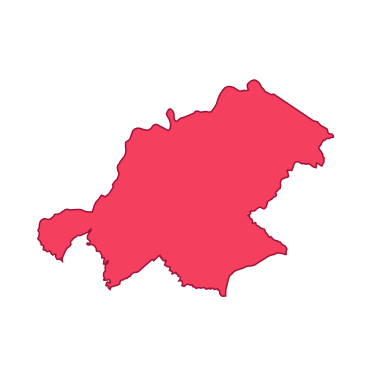 the district of Villavieja, Huila, Colombia, rotated 32°
{"feature_id": "7082276B65922719732159", "entity_name": "Villavieja", "entity_type": "district", "adm_level": 2, "iso_a3": "COL", "parent_name": "Colombia", "parent_adm1": "Huila", "projection": "albers", "projection_center": [-75.128, 3.284], "detail": "fine", "context": "isolated", "style": "filled", "palette": "rose", "viewbox_px": 384, "rotation_deg": 32, "n_neighbors": 0, "source": "geoboundaries", "source_scale": "gbopen_adm2", "svg_char_len": 6066}
<svg xmlns="http://www.w3.org/2000/svg" viewBox="0 0 384 384"><g transform="rotate(32 192 192)"><path d="M87.1,313.9L88.3,313.8L89.0,314.0L90.1,314.7L90.3,315.3L91.6,315.6L92.0,316.7L94.8,316.3L95.4,317.2L95.3,317.7L96.0,318.3L96.0,319.3L96.8,319.8L98.8,319.0L99.8,319.5L100.5,319.4L101.4,319.0L102.2,317.8L103.2,317.6L105.7,319.1L106.8,318.9L107.2,319.2L108.5,317.5L109.4,317.1L109.9,317.6L110.5,319.2L113.3,320.6L115.5,319.2L116.8,319.0L118.8,319.4L117.1,317.2L116.2,317.1L117.1,316.5L116.8,315.7L115.9,309.9L115.7,306.6L117.2,301.8L117.0,300.3L115.3,298.9L116.2,293.6L117.4,291.5L117.8,289.6L120.3,288.2L124.9,281.5L125.8,277.0L127.0,278.0L126.5,279.7L126.6,284.2L127.2,285.8L127.8,286.7L128.8,287.3L131.8,287.6L132.6,289.1L131.9,290.0L130.4,290.5L130.3,291.5L130.7,292.0L132.2,291.9L134.2,290.0L136.4,289.3L138.8,289.7L140.0,290.3L141.0,291.0L141.9,292.4L142.4,292.6L143.0,292.6L145.1,291.5L146.0,291.6L148.8,293.3L150.5,295.7L151.1,295.4L152.1,294.3L152.8,294.5L154.0,297.9L154.8,298.5L154.8,299.7L155.2,299.9L155.9,299.8L156.7,298.6L156.5,296.3L156.7,295.3L157.2,294.8L157.6,295.1L158.1,296.6L157.6,300.7L158.0,301.6L160.2,304.5L160.0,307.1L160.4,308.5L161.7,310.3L164.1,312.0L164.1,312.4L163.4,312.9L163.4,313.2L163.7,313.5L164.9,313.0L167.2,311.3L167.7,310.2L169.3,310.4L169.7,311.3L171.0,312.0L170.0,312.9L168.2,313.0L167.9,313.4L167.7,314.3L168.4,316.7L169.0,317.0L170.0,316.1L170.6,316.0L171.4,316.5L171.7,317.6L174.2,318.1L173.6,315.7L175.2,313.6L177.9,310.9L179.3,308.6L179.4,308.1L178.4,306.3L178.9,304.2L180.3,302.8L180.4,302.0L182.7,299.5L183.3,297.3L184.3,295.9L184.1,294.8L185.0,291.6L185.5,290.9L187.3,289.7L188.6,288.2L193.8,270.5L194.1,270.2L196.0,270.6L197.4,264.4L198.4,262.6L199.3,263.8L200.1,264.3L200.4,263.7L201.3,263.7L201.6,263.9L201.8,264.7L203.6,265.3L204.5,264.9L205.2,264.9L205.3,264.2L206.3,263.6L206.6,263.9L206.6,265.7L207.4,267.6L207.4,268.4L208.6,268.5L209.8,268.1L210.5,268.5L212.7,267.3L213.2,267.3L213.4,268.1L214.3,268.8L214.3,270.4L215.5,270.4L216.7,269.9L217.3,270.0L218.2,271.0L218.4,272.0L219.3,271.3L220.5,269.1L221.7,269.0L221.7,269.6L221.9,269.8L223.0,269.4L223.9,269.6L224.7,270.8L226.0,270.3L227.0,270.3L227.6,270.9L228.1,272.6L227.9,274.3L230.0,272.9L230.6,272.9L232.5,274.6L233.0,275.9L232.8,276.6L233.2,276.7L235.1,276.3L235.9,275.3L236.0,274.1L237.0,272.6L240.6,271.6L241.0,270.6L242.3,270.9L243.0,271.9L244.6,271.1L246.6,271.6L248.2,269.6L250.2,268.9L252.0,267.5L252.7,266.6L255.7,266.9L256.6,265.5L257.7,265.0L257.7,264.1L259.1,264.4L259.5,264.3L260.1,262.7L260.5,262.5L262.3,262.9L263.6,262.0L264.6,260.7L266.0,260.9L266.1,261.3L267.0,260.8L267.3,260.8L269.4,263.5L271.5,264.4L273.0,264.3L275.7,262.3L273.4,258.8L272.2,256.2L268.5,244.8L268.4,242.6L269.0,241.1L269.9,237.2L270.7,235.5L275.3,229.8L278.1,225.7L281.8,222.9L283.7,220.8L290.4,206.8L292.4,203.7L294.7,201.5L296.9,198.2L302.5,195.8L304.1,195.8L305.0,194.8L303.7,193.5L302.7,190.1L300.3,188.7L299.2,188.5L296.0,188.8L293.5,187.7L292.1,188.2L290.0,188.1L289.5,188.6L287.3,189.1L285.5,189.1L283.7,188.3L282.7,188.2L282.3,188.3L281.9,189.3L281.1,189.3L278.2,187.9L277.1,187.7L275.8,187.0L275.1,186.9L274.0,185.7L272.9,185.2L272.0,185.7L270.7,185.7L269.5,186.2L266.5,185.7L264.4,186.0L263.5,185.7L262.7,184.6L262.2,184.4L261.5,184.5L260.8,186.1L259.8,186.5L258.4,184.1L257.8,183.7L256.8,183.4L255.2,183.5L254.3,182.8L253.6,181.8L252.1,182.3L253.1,179.1L253.0,178.7L251.7,177.6L252.3,176.7L255.1,174.9L256.0,171.5L257.1,169.4L258.0,168.7L261.1,168.5L262.5,167.4L262.8,165.9L261.8,161.5L261.1,160.0L263.4,155.7L263.9,153.0L265.2,151.6L265.3,151.0L265.0,149.4L263.5,148.6L263.1,147.6L263.8,145.8L264.1,143.5L264.8,142.4L264.7,142.0L263.6,139.2L262.1,137.7L261.2,134.2L262.0,132.4L262.8,132.0L263.5,130.3L265.4,128.7L265.5,127.3L263.8,125.8L263.0,124.7L261.0,123.2L261.4,122.7L262.9,122.3L263.8,121.4L264.7,121.3L265.3,120.8L264.4,116.5L264.0,115.6L263.7,112.3L264.2,111.5L265.6,110.3L266.8,109.8L268.2,110.0L270.5,109.7L271.8,108.5L273.3,108.3L274.5,107.7L275.6,106.3L277.6,106.0L279.5,106.4L281.9,106.4L284.3,105.7L283.9,104.2L282.3,101.7L282.9,101.3L284.1,101.2L288.0,101.3L288.4,101.0L287.9,96.6L286.9,94.8L286.2,94.0L286.2,93.3L285.4,92.8L284.4,92.7L282.5,90.4L281.3,90.1L280.3,89.3L277.6,88.4L277.1,87.8L276.4,87.7L275.6,86.6L276.3,84.8L276.1,83.7L276.4,83.0L275.9,81.6L276.1,78.6L277.0,78.2L277.7,75.7L278.1,75.1L280.2,73.9L281.1,72.0L282.9,70.4L282.0,69.4L280.3,68.7L277.5,69.9L276.2,69.7L275.2,69.1L274.1,67.6L272.9,67.0L265.4,67.3L264.3,66.8L262.7,66.6L261.6,66.0L260.9,66.1L260.2,66.5L259.4,66.4L257.8,67.3L257.1,67.3L209.2,65.7L208.4,66.9L207.1,67.6L200.5,68.1L197.9,66.7L195.6,66.4L192.3,64.4L190.5,63.7L187.2,63.4L185.3,64.1L183.7,65.9L182.9,67.3L182.0,70.6L182.1,71.6L182.8,73.1L185.7,75.6L183.7,77.9L182.3,78.1L179.9,80.7L178.5,81.4L172.1,81.3L168.6,82.3L166.6,83.4L164.7,86.3L164.2,89.2L164.0,94.9L164.8,99.3L166.1,104.3L166.3,108.6L165.7,114.0L163.7,115.5L161.2,116.3L156.9,119.9L154.5,120.1L152.2,121.6L151.7,124.4L145.7,132.8L144.1,134.4L143.2,135.7L142.5,137.0L142.1,139.2L141.1,140.4L139.6,140.3L138.1,139.4L134.9,135.0L132.7,133.5L130.1,133.0L129.2,133.4L128.6,134.4L128.5,135.9L128.8,139.1L129.8,140.1L134.0,142.3L137.5,145.2L139.1,147.9L139.8,150.1L139.6,151.6L139.1,152.5L126.5,153.3L125.4,153.8L124.5,154.9L123.8,156.3L123.5,160.1L122.8,161.6L121.5,163.3L117.2,164.9L114.6,165.4L112.8,166.2L111.3,167.3L109.8,169.5L109.4,171.7L111.2,179.5L111.3,180.6L109.5,184.6L109.6,185.5L111.7,188.9L113.2,190.6L114.7,193.2L115.5,195.8L115.8,197.6L114.9,204.7L115.3,205.7L115.0,208.2L115.2,209.4L115.8,211.0L117.8,213.2L120.1,214.7L121.1,217.4L121.9,221.5L121.1,222.7L120.7,227.0L120.8,227.9L122.6,229.4L122.6,237.3L120.9,242.0L116.8,242.7L116.6,247.4L115.9,251.7L116.1,254.4L118.0,261.6L115.4,263.4L112.0,265.1L107.3,265.7L104.1,267.5L98.3,271.7L95.2,272.8L93.8,274.3L91.5,279.8L90.7,281.0L89.1,282.6L88.0,283.2L87.4,284.0L87.4,286.2L86.2,290.0L84.6,291.5L80.7,292.9L79.2,295.5L79.0,297.7L80.1,301.2L81.1,302.3L81.8,306.3L83.4,306.9L84.6,308.3L85.7,310.8L85.9,313.1L87.1,313.9Z" fill="#f43f5e" stroke="#9f1239" stroke-width="1.5"/></g></svg>